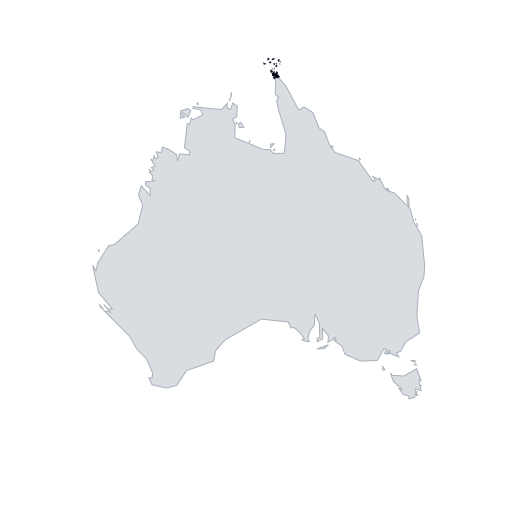 Torres, Queensland, Australia shown in context, rotated 342°
{"feature_id": "25037944B43303794043608", "entity_name": "Torres", "entity_type": "district", "adm_level": 2, "iso_a3": "AUS", "parent_name": "Australia", "parent_adm1": "Queensland", "projection": "equal_earth", "projection_center": [142.441, -10.073], "detail": "fine", "context": "in_parent", "style": "filled", "palette": "ink", "viewbox_px": 512, "rotation_deg": 342, "n_neighbors": 0, "source": "geoboundaries", "source_scale": "gbopen_adm2", "svg_char_len": 7070}
<svg xmlns="http://www.w3.org/2000/svg" viewBox="0 0 512 512"><g transform="rotate(342 256 256)"><path d="M336.9,103.4L341.7,130.4L347.7,129.1L354.4,137.1L355.5,153.5L359.5,159.1L360.4,174.3L363.3,182.1L382.7,196.7L390.1,220.3L392.3,221.6L392.7,217.4L396.9,221.6L397.6,219.5L399.2,231.5L401.6,235.0L407.0,238.7L417.3,258.7L416.5,272.0L419.9,287.8L413.5,317.0L409.4,327.5L399.7,339.4L390.5,362.6L387.9,379.8L372.1,383.9L364.2,391.2L359.3,391.8L360.6,396.0L353.1,389.9L354.2,388.5L353.7,387.0L352.4,386.9L349.8,389.6L348.0,388.0L351.1,385.5L349.3,383.5L339.0,392.8L322.9,388.2L310.3,376.9L309.8,368.1L303.9,360.0L306.3,360.3L306.3,357.9L297.8,360.3L300.2,354.3L296.8,345.5L293.9,355.5L287.7,356.5L288.6,353.2L291.5,353.2L295.5,339.4L294.1,329.0L290.1,339.9L283.9,344.1L279.8,350.6L280.5,353.9L278.0,353.4L273.9,349.8L276.4,349.8L274.4,343.3L270.3,336.0L267.0,335.1L266.3,328.7L241.6,317.7L200.9,326.1L188.3,333.6L183.2,342.9L154.8,343.5L140.4,354.6L129.9,353.9L117.4,346.4L116.4,338.7L119.4,340.0L121.5,335.4L120.0,319.8L114.0,307.8L110.8,292.8L94.6,261.1L100.1,264.5L96.2,254.8L98.9,260.5L103.0,262.2L94.9,242.1L97.8,214.2L99.2,220.8L103.4,213.6L119.0,200.7L124.8,201.4L153.7,189.1L164.1,172.5L163.0,161.6L168.6,153.8L174.0,165.9L176.3,159.2L173.0,154.4L173.8,151.4L183.6,153.4L180.5,152.3L182.4,147.5L180.5,143.2L185.7,142.7L183.7,139.5L188.0,139.0L186.4,134.5L190.1,129.3L190.4,132.4L193.4,132.0L193.5,126.2L197.9,128.3L200.6,123.6L205.3,126.8L211.7,134.9L210.8,141.4L214.8,135.2L223.8,139.3L225.5,135.8L221.5,130.9L231.5,108.8L233.6,110.2L237.0,104.7L238.3,107.0L249.0,105.3L248.6,99.9L241.4,96.0L242.5,94.6L268.4,106.1L275.9,101.9L274.1,106.3L277.3,108.7L281.1,103.4L284.6,107.8L280.6,117.7L276.1,118.6L276.4,125.7L272.3,136.8L295.8,156.9L302.1,159.0L304.2,163.8L314.7,167.1L322.1,149.7L322.6,124.2L323.7,114.5L326.4,112.2L324.4,107.9L330.8,89.3L336.9,103.4ZM347.7,411.1L359.6,415.9L373.9,412.9L374.4,426.2L373.6,423.8L372.1,426.6L371.5,435.2L366.6,431.7L363.2,439.6L357.1,439.0L358.4,436.8L353.2,433.0L351.1,426.3L353.5,427.5L348.0,418.1L347.7,411.1ZM229.3,94.8L236.7,94.7L239.0,97.5L234.1,103.1L229.3,94.8ZM285.2,363.2L297.4,362.8L292.2,365.1L285.2,363.2ZM282.7,124.2L284.3,129.8L279.6,128.8L280.3,124.9L282.7,124.2ZM416.6,256.4L416.5,250.4L418.4,245.3L419.1,249.0L416.6,256.4ZM370.8,403.2L374.7,404.3L374.8,406.2L370.8,403.2ZM228.5,96.4L231.2,101.8L226.5,101.5L228.5,96.4ZM343.5,404.0L341.2,403.5L342.4,400.3L343.5,404.0ZM307.8,154.7L305.6,156.3L303.4,157.2L304.5,154.1L307.8,154.7ZM94.5,259.7L92.4,256.8L92.1,254.0L92.3,253.9L94.5,259.7ZM373.9,408.0L375.4,409.3L372.5,408.2L373.9,408.0ZM400.7,232.3L402.4,232.3L402.3,235.0L400.7,232.3ZM361.0,174.1L363.0,175.7L362.6,176.6L361.0,174.1ZM366.3,436.4L366.5,438.5L365.0,437.9L366.3,436.4ZM418.9,274.2L419.0,277.5L418.8,277.5L418.9,274.2ZM248.1,94.5L246.9,93.0L247.7,92.2L248.1,94.5ZM282.7,94.8L280.9,97.5L283.0,92.7L282.7,94.8ZM419.3,270.3L418.5,271.4L419.1,270.2L419.3,270.3ZM285.8,145.1L284.8,145.7L285.4,144.4L285.8,145.1ZM279.1,124.1L277.8,124.4L278.5,122.7L279.1,124.1ZM108.5,200.8L108.3,203.0L107.7,202.9L108.5,200.8ZM328.6,88.0L328.6,89.9L328.1,88.5L328.6,88.0ZM352.4,387.7L352.7,388.8L352.2,388.5L352.4,387.7ZM280.5,98.3L278.1,100.2L280.5,97.9L280.5,98.3ZM186.5,131.8L185.7,133.1L186.2,131.6L186.5,131.8ZM367.2,434.9L366.4,435.3L366.9,434.5L367.2,434.9ZM306.8,161.2L305.5,161.1L306.2,160.0L306.8,161.2ZM181.9,141.7L181.2,142.4L181.1,140.7L181.9,141.7ZM373.0,430.4L372.0,431.0L372.3,429.8L373.0,430.4ZM329.5,82.8L329.3,84.1L328.6,83.5L329.5,82.8ZM351.8,389.1L352.8,390.1L351.1,389.8L351.8,389.1ZM385.1,196.5L384.2,196.6L384.6,195.2L385.1,196.5ZM392.0,217.2L391.5,217.2L391.9,216.0L392.0,217.2ZM348.2,409.5L348.0,410.3L347.7,409.3L348.2,409.5Z" fill="#d9dde1" stroke="#a8b0b8" stroke-width="1"/><path d="M333.2,92.6L333.1,92.4L333.0,92.1L332.9,92.2L332.8,92.3L332.7,92.3L332.6,91.9L332.4,91.9L332.4,92.0L332.4,91.9L332.3,92.0L332.2,91.9L332.2,91.6L332.1,91.4L331.9,91.1L332.0,91.3L331.9,91.3L331.9,91.5L331.9,91.3L332.0,91.3L331.8,91.2L331.7,91.1L331.8,91.2L331.8,91.3L331.8,91.2L331.7,91.2L331.5,91.5L331.4,91.8L331.2,92.2L331.0,92.3L331.2,92.1L331.1,91.9L331.2,91.7L331.3,91.6L331.3,91.4L331.3,91.2L331.3,90.8L331.4,90.7L331.5,90.7L331.4,90.6L331.7,89.9L331.4,89.6L331.6,89.4L331.5,89.2L331.4,89.0L331.2,89.3L330.8,89.4L330.7,89.4L330.5,89.5L330.9,89.5L331.2,89.5L331.3,89.6L331.2,89.9L331.1,90.1L330.9,90.1L331.0,90.4L330.6,91.6L330.6,92.1L330.7,92.3L330.7,92.2L330.8,92.3L330.7,92.4L330.6,92.2L330.5,92.3L330.5,92.5L330.3,92.6L333.2,92.6ZM328.7,88.0L328.4,88.3L328.2,88.3L328.2,88.5L327.9,88.8L327.9,89.0L328.0,89.1L327.9,89.0L328.0,89.3L327.9,89.4L328.0,89.5L328.2,89.8L328.3,89.9L328.5,90.0L328.5,89.9L328.5,89.7L328.9,89.4L328.8,89.5L329.0,89.4L329.2,89.5L329.2,89.4L329.3,89.3L329.1,88.8L329.0,88.6L328.9,88.5L328.8,88.4L328.7,88.3L328.7,88.0ZM328.8,91.8L328.7,91.6L328.4,91.7L328.1,92.0L328.4,92.6L328.9,92.0L328.8,91.9L328.8,91.8ZM329.1,87.8L329.0,88.1L328.9,88.1L329.0,88.2L329.2,88.5L329.4,88.5L329.6,88.4L329.7,88.2L329.6,87.8L329.5,87.7L329.3,87.8L329.2,87.8L329.1,87.8ZM332.9,92.1L332.9,91.8L332.8,91.7L332.7,91.7L332.4,91.6L332.6,91.9L332.8,92.1L332.9,92.1ZM329.6,76.3L329.3,76.1L329.1,76.2L329.2,76.3L329.5,76.4L329.6,76.3ZM333.9,81.6L334.2,81.8L334.3,81.7L334.2,81.5L334.1,81.4L333.9,81.5L333.9,81.6ZM334.5,79.6L334.9,79.6L334.7,79.5L334.5,79.6ZM329.6,87.0L329.3,87.2L329.5,87.4L329.6,87.0ZM332.6,74.1L332.8,74.2L333.1,74.1L332.8,74.0L332.7,74.0L332.6,74.1ZM332.3,88.3L332.4,88.5L332.5,88.6L332.6,88.4L332.4,88.3L332.4,88.2L332.3,88.3ZM331.9,89.5L332.1,89.7L332.1,89.4L332.1,89.5L332.0,89.3L331.9,89.3L331.9,89.5ZM329.3,89.4L329.4,89.6L329.5,89.5L329.5,89.3L329.4,89.2L329.3,89.4ZM328.3,72.4L328.3,72.7L328.5,72.6L328.5,72.4L328.3,72.4ZM328.0,85.3L328.0,85.6L328.1,85.4L328.0,85.3ZM330.3,89.5L330.2,89.7L330.3,89.6L330.4,89.3L330.2,89.4L330.3,89.5ZM328.5,88.0L328.5,87.9L328.4,87.9L328.3,88.0L328.2,87.9L328.2,88.0L328.3,88.1L328.5,88.0ZM332.4,78.6L332.2,78.5L332.4,78.7L332.4,78.6ZM328.7,87.8L328.8,87.9L328.8,87.7L328.7,87.8ZM328.2,87.7L328.3,87.7L328.2,87.6L328.2,87.7ZM332.3,91.6L332.2,91.6L332.3,91.7L332.3,91.6ZM328.9,72.4L329.0,72.6L329.0,72.4L328.9,72.4ZM331.0,84.2L330.9,84.1L331.0,84.2ZM328.3,83.8L328.4,83.7L328.3,83.8ZM332.1,88.1L332.3,88.0L332.2,87.9L332.1,88.0L332.1,88.1ZM327.4,85.4L327.5,85.4L327.4,85.3L327.4,85.4ZM330.4,90.1L330.4,90.3L330.5,90.2L330.4,90.1ZM331.3,83.5L331.3,83.4L331.2,83.3L331.3,83.4L331.3,83.5ZM331.2,83.0L331.3,83.1L331.2,83.0ZM337.9,76.9L338.0,76.8L337.9,76.8L337.9,76.9ZM327.6,84.2L327.5,84.3L327.6,84.2ZM335.2,78.9L335.1,79.0L335.2,78.9ZM337.9,80.6L337.8,80.8L337.9,80.7L337.9,80.6ZM329.9,89.3L329.9,89.2L330.0,89.2L329.9,89.2L329.9,89.3ZM323.4,75.8L323.3,75.7L323.3,75.8L323.4,75.8ZM328.2,83.7L328.3,83.8L328.2,83.7L328.2,83.7ZM327.6,83.9L327.6,84.0L327.6,83.9ZM339.1,78.4L339.2,78.2L339.2,78.3L339.1,78.4ZM332.9,79.3L333.0,79.4L332.9,79.3ZM338.7,79.8L338.7,79.7L338.7,79.8ZM328.2,72.6L328.3,72.5L328.2,72.6ZM338.4,78.0L338.5,78.0L338.4,78.0L338.4,78.0ZM322.1,79.3L322.1,79.2L322.1,79.3Z" fill="#0f172a" stroke="#020617" stroke-width="1.5"/></g></svg>